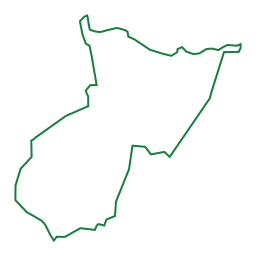 Fraile Muerto, Cerro Largo, Uruguay
{"feature_id": "84410073B83250552762977", "entity_name": "Fraile Muerto", "entity_type": "district", "adm_level": 2, "iso_a3": "URY", "parent_name": "Uruguay", "parent_adm1": "Cerro Largo", "projection": "orthographic", "projection_center": [-54.446, -32.51], "detail": "fine", "context": "isolated", "style": "outline", "palette": "green", "viewbox_px": 256, "rotation_deg": 0, "n_neighbors": 0, "source": "geoboundaries", "source_scale": "gbopen_adm2", "svg_char_len": 1000}
<svg xmlns="http://www.w3.org/2000/svg" viewBox="0 0 256 256"><path d="M31.3,140.5L31.6,156.9L20.6,168.8L15.5,185.5L15.4,200.1L26.7,212.2L33.6,216.0L41.6,220.7L45.2,224.7L50.5,235.3L53.8,240.5L56.7,236.8L64.9,236.9L70.4,233.8L80.3,228.2L94.9,229.9L96.7,225.7L98.3,224.1L104.2,225.5L106.5,219.5L115.0,216.0L116.0,201.6L129.0,169.2L132.5,145.7L145.2,146.8L150.9,154.4L164.4,151.9L169.7,156.9L209.7,98.5L211.3,92.5L224.0,52.1L238.7,51.9L240.6,48.0L240.6,44.1L237.2,45.7L227.5,45.0L223.1,47.1L218.3,50.1L212.2,48.6L206.6,49.0L199.4,53.4L193.5,54.1L186.3,51.6L182.0,47.1L177.6,49.1L177.2,52.2L171.3,55.8L162.0,53.5L150.0,49.8L134.3,39.3L128.3,36.6L127.5,31.8L125.4,30.3L119.5,28.5L116.5,28.0L106.9,30.3L100.5,32.0L95.8,31.6L91.7,30.4L89.8,29.6L88.7,24.1L87.9,18.7L87.2,15.5L84.4,16.6L79.9,21.2L82.5,34.6L85.8,43.6L89.5,45.7L91.7,56.3L96.6,85.0L90.2,85.2L85.8,90.5L86.6,93.3L88.2,96.5L88.2,106.3L80.3,109.6L65.9,115.9L35.8,137.3L33.4,139.5L31.3,140.5Z" fill="none" stroke="#15803d" stroke-width="2"/></svg>